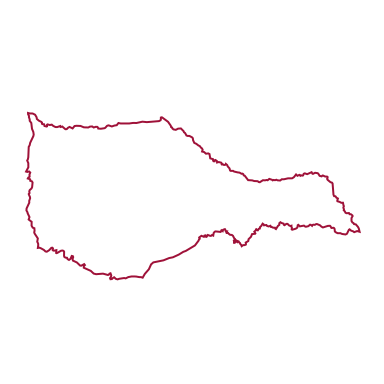 Dbarwa, Debub, Eritrea, rotated 178°
{"feature_id": "51966322B75785084399425", "entity_name": "Dbarwa", "entity_type": "district", "adm_level": 2, "iso_a3": "ERI", "parent_name": "Eritrea", "parent_adm1": "Debub", "projection": "mercator", "projection_center": [38.641, 15.102], "detail": "fine", "context": "isolated", "style": "outline", "palette": "rose", "viewbox_px": 384, "rotation_deg": 178, "n_neighbors": 0, "source": "geoboundaries", "source_scale": "gbopen_adm2", "svg_char_len": 6048}
<svg xmlns="http://www.w3.org/2000/svg" viewBox="0 0 384 384"><g transform="rotate(178 192 192)"><path d="M213.5,263.0L219.3,267.6L219.9,267.7L220.5,267.5L220.6,265.6L220.9,264.8L222.5,264.0L234.7,263.4L239.1,264.0L245.1,262.9L248.4,263.1L252.2,262.7L261.0,263.0L263.1,263.5L264.9,261.4L267.3,261.1L269.8,260.3L273.0,261.5L274.0,261.3L274.7,261.0L276.4,259.2L277.3,258.8L280.9,258.4L283.5,258.7L283.8,259.8L284.4,260.4L285.9,260.5L288.0,259.9L289.5,261.0L291.7,260.9L293.4,260.1L297.8,260.4L301.1,261.9L305.2,262.2L307.1,262.0L309.1,259.7L312.1,261.3L313.7,260.5L314.9,259.3L315.9,259.1L316.5,259.3L319.4,262.0L321.0,261.5L321.4,261.8L321.5,262.5L324.4,261.6L326.2,261.7L328.4,262.9L329.8,264.2L331.8,263.9L334.0,264.6L334.5,264.3L334.6,262.7L335.0,262.5L337.1,263.1L337.4,264.8L339.3,265.1L339.6,265.7L339.5,266.6L340.1,267.3L342.5,268.6L344.5,270.4L344.7,272.1L346.1,274.7L348.5,276.0L351.5,276.2L353.1,276.7L353.1,275.4L352.2,273.6L352.4,272.6L351.7,270.3L351.7,268.8L350.2,266.6L349.7,260.7L348.5,257.6L348.2,255.0L348.6,253.4L352.0,246.8L352.6,244.4L353.6,242.8L354.4,232.4L354.9,230.4L355.6,229.2L354.6,226.6L354.7,222.4L357.1,218.2L355.9,217.8L354.1,218.2L353.0,217.1L353.9,214.8L353.7,213.3L353.9,212.8L355.1,212.1L355.6,211.2L353.4,210.4L353.2,209.8L353.3,208.9L351.6,208.2L351.0,207.1L351.6,202.5L352.3,201.1L354.1,199.6L354.6,198.4L354.4,196.6L355.2,195.8L355.2,195.4L354.1,192.6L354.0,191.4L355.0,188.8L355.0,187.0L357.9,181.3L358.1,179.3L357.1,177.4L357.0,176.5L355.3,172.6L356.2,170.2L353.3,167.8L353.5,163.9L352.4,161.9L350.8,161.3L350.7,158.6L351.1,157.3L350.8,156.1L347.7,151.0L348.4,147.7L347.6,145.9L347.5,144.5L348.0,141.5L346.5,141.7L344.9,141.0L342.1,139.3L340.5,137.7L339.2,137.4L336.8,138.8L334.5,141.1L333.5,141.2L332.9,140.5L333.3,138.9L332.7,138.3L331.8,138.2L329.6,138.6L329.9,135.8L329.5,135.6L328.6,135.9L324.9,137.9L323.3,138.0L322.4,137.6L321.9,136.8L322.1,132.5L321.7,131.4L320.6,130.8L319.2,130.6L318.7,129.3L317.3,128.4L315.8,129.4L314.4,132.3L313.3,132.0L313.0,131.1L313.7,129.1L313.4,127.6L309.5,125.6L306.4,122.4L305.3,122.2L302.3,123.7L301.6,122.7L302.7,121.7L302.8,120.1L295.9,116.7L293.1,113.9L290.7,113.2L283.8,113.5L278.9,112.0L278.1,112.2L277.3,113.3L276.3,113.6L275.6,111.5L276.0,109.9L276.9,108.8L276.5,107.7L275.1,107.8L274.2,108.7L272.8,109.5L271.2,107.9L269.4,107.3L267.8,107.8L262.8,108.4L261.3,108.0L258.6,109.2L255.3,109.7L251.0,109.5L247.7,108.8L245.9,108.7L244.3,108.1L242.0,111.8L237.8,116.3L235.4,121.1L233.1,123.0L222.9,124.7L217.1,126.8L213.4,127.4L207.4,129.9L202.8,132.5L200.3,133.3L190.9,138.5L187.1,143.2L186.6,144.5L185.9,145.0L186.4,146.3L184.1,147.9L181.7,146.8L181.1,148.0L180.1,148.2L180.0,147.1L179.4,146.6L178.9,146.8L177.7,148.5L175.3,147.5L174.3,147.6L173.5,148.3L172.3,147.7L171.8,150.2L170.7,151.5L169.8,151.8L164.8,151.1L163.9,152.7L162.7,151.8L162.3,153.1L160.8,153.7L160.2,153.6L159.7,151.8L158.4,151.5L159.1,150.2L158.8,149.8L157.4,149.8L156.9,149.1L155.4,147.9L153.7,147.7L152.6,146.8L151.4,144.2L150.7,143.6L150.8,143.1L151.9,141.9L151.7,141.4L151.8,139.8L151.1,139.7L150.2,140.9L150.0,142.0L149.7,142.3L149.3,142.0L149.2,140.8L148.5,140.3L147.8,141.3L147.0,140.9L146.7,140.0L145.8,139.3L145.6,138.4L144.8,137.6L144.2,136.1L142.8,137.1L141.2,137.1L140.0,137.6L139.9,138.3L140.1,139.6L137.5,141.0L137.1,142.9L134.6,145.2L133.5,147.8L130.3,148.1L130.1,148.4L131.1,150.2L129.7,151.4L129.3,152.5L129.1,152.6L128.0,151.4L127.5,151.4L126.6,152.9L125.5,153.1L125.2,154.6L124.0,155.6L122.5,157.9L121.5,157.1L121.2,156.2L118.8,156.4L118.1,155.4L116.5,154.9L114.8,155.5L114.3,154.3L113.4,154.2L112.2,153.5L110.3,153.4L109.9,152.3L109.4,152.0L107.3,155.1L105.9,156.1L105.8,157.8L104.7,158.7L103.6,157.9L101.6,157.2L101.3,156.0L100.7,155.6L98.9,156.8L98.1,156.9L97.5,156.7L96.3,155.3L94.7,154.5L93.8,154.8L93.8,153.7L93.4,152.8L93.7,151.2L93.2,150.8L89.6,151.7L88.3,152.5L87.9,153.0L87.5,155.1L87.1,155.4L86.9,155.5L85.4,153.9L81.3,154.5L80.2,153.6L79.4,153.3L76.9,153.8L75.2,155.2L74.5,155.1L73.2,154.0L72.8,154.7L72.0,155.1L70.4,154.9L69.0,155.6L68.2,155.6L65.3,154.3L63.9,152.9L62.4,152.0L57.3,153.4L55.3,153.4L54.8,152.9L53.9,151.2L51.8,151.3L51.2,150.9L50.8,150.1L50.6,147.5L49.2,146.4L47.7,145.7L45.3,145.7L43.4,144.8L40.0,144.2L38.6,144.9L36.5,148.8L35.8,149.2L34.3,147.8L32.4,147.1L31.3,146.2L28.3,147.2L25.9,146.4L26.6,149.8L27.4,151.4L29.4,153.9L31.2,154.3L31.6,155.2L32.8,156.0L33.6,157.5L33.5,160.4L32.3,162.4L32.6,163.1L34.1,164.3L35.3,164.3L35.9,165.5L38.3,165.4L39.3,165.9L40.0,167.4L41.0,168.5L40.7,169.4L41.3,171.0L40.7,172.6L41.0,173.0L41.5,176.0L43.2,176.0L44.7,176.9L47.0,177.7L47.1,178.5L46.4,180.4L47.8,181.2L48.8,182.7L50.1,182.9L50.7,184.4L51.2,195.5L51.7,196.4L53.3,197.0L56.0,199.4L56.5,200.4L56.0,201.4L56.0,202.3L56.5,202.7L58.4,202.8L60.5,203.9L61.0,203.9L61.9,203.1L63.9,203.7L65.1,205.8L65.7,206.4L68.3,206.9L70.5,205.9L71.0,206.1L71.8,207.6L76.3,205.8L78.6,206.7L79.7,206.3L80.4,204.7L80.9,204.5L82.2,204.8L83.1,204.4L83.4,205.1L84.1,205.4L86.1,204.5L87.4,205.9L89.6,203.3L91.4,202.2L95.6,202.3L99.7,201.5L101.8,201.6L103.5,200.4L106.1,200.7L107.3,201.3L108.6,200.9L110.1,201.2L110.9,200.8L111.6,201.4L114.3,202.4L116.0,201.1L116.9,201.4L118.6,201.1L120.7,201.3L123.9,199.4L124.9,199.6L126.0,200.5L129.5,200.8L131.4,201.5L135.5,201.9L138.7,206.4L139.7,206.8L140.2,208.1L140.9,208.6L141.9,208.5L143.8,209.7L145.7,210.0L149.3,211.0L150.2,211.7L152.6,211.8L153.2,212.2L153.7,214.3L155.4,216.3L155.9,217.7L157.2,218.9L157.5,218.2L158.2,217.9L159.4,218.0L160.3,218.7L161.1,218.4L161.4,218.7L161.4,219.7L161.8,220.3L164.2,221.0L165.9,220.6L166.0,222.0L167.5,223.2L168.1,223.0L168.4,221.9L169.4,222.0L169.8,222.6L169.9,224.1L172.6,225.0L173.2,229.3L174.4,230.0L176.7,229.8L178.5,231.5L180.5,232.1L179.9,233.9L180.5,235.2L181.6,236.1L182.6,237.6L184.0,238.3L186.0,240.0L188.0,241.0L189.1,243.7L189.3,245.7L190.0,246.6L192.6,248.1L194.5,248.2L195.6,248.7L196.8,251.1L197.9,252.0L198.3,253.1L200.9,255.9L203.7,255.8L206.0,254.7L208.3,255.2L209.4,256.2L209.6,257.1L210.6,257.6L210.9,259.0L213.5,263.0Z" fill="none" stroke="#9f1239" stroke-width="2"/></g></svg>